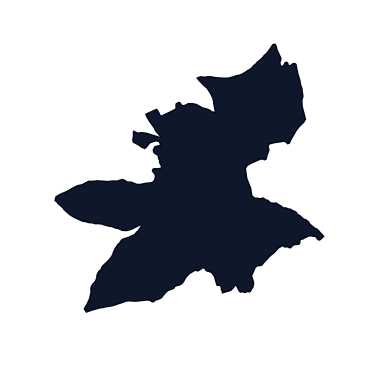 outline of Escuintla, Escuintla, Guatemala, rotated 251°
{"feature_id": "79465075B12428075404525", "entity_name": "Escuintla", "entity_type": "district", "adm_level": 2, "iso_a3": "GTM", "parent_name": "Guatemala", "parent_adm1": "Escuintla", "projection": "orthographic", "projection_center": [-90.807, 14.309], "detail": "fine", "context": "isolated", "style": "filled", "palette": "ink", "viewbox_px": 384, "rotation_deg": 251, "n_neighbors": 0, "source": "geoboundaries", "source_scale": "gbopen_adm2", "svg_char_len": 6083}
<svg xmlns="http://www.w3.org/2000/svg" viewBox="0 0 384 384"><g transform="rotate(251 192 192)"><path d="M116.5,52.2L112.9,53.0L113.0,58.5L112.4,68.3L111.8,70.1L111.8,72.2L111.1,75.5L110.4,80.1L110.3,94.1L109.8,96.8L107.2,103.1L104.4,115.0L103.2,117.2L101.5,118.4L100.9,119.3L100.9,120.5L101.3,120.8L101.7,121.4L101.7,127.5L102.6,129.6L103.8,131.0L104.0,131.8L105.5,133.9L106.1,135.6L106.7,136.6L106.9,143.4L108.2,144.8L108.6,146.3L108.2,150.7L108.7,151.5L108.7,152.6L110.4,155.1L111.8,156.6L113.3,158.3L115.7,162.7L116.8,167.8L117.0,170.4L115.7,171.3L115.7,173.4L116.1,174.5L117.0,177.6L115.4,179.6L113.4,179.7L112.2,180.8L111.4,182.2L110.3,183.6L109.2,184.4L105.0,185.8L96.0,185.3L95.4,185.7L95.0,187.7L94.1,188.4L91.7,188.7L90.5,188.1L88.7,188.3L86.8,188.0L86.4,196.4L88.0,199.9L89.8,202.3L89.9,202.9L89.5,203.5L88.2,203.8L82.8,204.5L82.0,205.0L81.5,205.5L81.4,207.4L79.9,209.1L79.7,210.8L80.2,211.1L80.2,212.0L79.1,213.4L79.0,214.1L79.2,215.0L80.9,216.6L81.9,218.2L83.2,219.1L84.7,220.1L86.9,220.8L92.9,220.8L93.7,221.2L96.9,224.3L99.6,226.6L101.2,229.3L100.6,231.0L100.2,233.7L100.4,234.8L101.2,235.6L106.1,244.7L107.9,249.7L111.0,255.5L111.9,260.1L111.4,260.9L110.3,261.4L109.9,262.0L109.5,263.1L109.3,264.1L109.0,264.7L108.1,265.5L107.6,266.1L107.4,266.5L107.3,267.2L107.6,267.8L108.1,268.5L108.5,269.5L108.8,270.4L108.9,271.6L108.9,272.5L108.7,273.0L108.0,274.8L107.9,275.8L108.0,276.2L108.2,276.6L108.6,277.1L109.1,277.4L109.9,277.7L110.8,278.0L111.2,278.2L111.6,278.8L111.7,279.4L111.7,280.1L111.6,281.6L111.7,282.5L112.0,283.1L112.1,283.9L112.1,285.4L112.3,286.0L112.5,286.8L112.4,287.7L112.2,288.2L112.1,289.0L112.1,289.8L111.9,290.4L110.6,292.4L110.3,294.0L109.9,294.4L107.0,295.3L106.0,295.7L105.5,296.2L105.2,296.8L105.2,297.3L105.3,297.8L105.5,298.3L106.0,299.6L106.7,300.6L107.0,301.1L107.1,301.9L107.7,301.7L109.0,301.3L109.7,301.0L111.4,300.1L114.8,298.8L115.8,298.3L116.4,297.9L117.5,296.5L118.3,295.9L119.2,295.3L120.5,294.6L121.7,293.8L123.2,292.9L123.8,292.8L125.3,292.6L126.7,291.8L128.2,290.8L128.6,290.5L129.1,290.0L129.3,289.4L129.8,288.8L130.8,288.2L134.3,286.3L134.7,286.1L135.0,285.8L135.8,284.8L136.1,284.6L136.8,284.3L137.5,284.1L138.4,284.0L139.0,283.7L139.4,283.4L140.0,282.9L141.7,281.0L143.4,279.6L143.8,279.2L144.1,278.7L144.3,278.0L144.5,277.6L144.8,277.2L145.8,276.2L146.4,275.4L146.6,275.0L147.0,273.7L147.3,273.2L147.6,272.8L148.0,272.4L148.8,272.2L149.4,271.9L150.1,271.2L151.1,270.4L151.9,269.6L152.4,269.2L153.5,268.6L154.0,268.1L154.1,267.7L154.7,265.7L155.1,264.7L155.6,263.6L156.1,263.0L156.6,262.4L157.2,262.0L157.5,261.8L158.9,261.3L159.4,260.9L159.7,260.5L160.3,259.4L160.8,258.9L161.5,258.4L162.5,257.8L162.9,257.4L163.2,257.0L163.3,254.6L163.5,254.0L164.0,253.0L164.8,251.8L165.3,249.9L165.8,249.2L166.4,248.8L166.9,248.6L167.5,248.1L167.9,247.6L169.8,247.4L176.5,248.6L186.9,248.1L196.7,250.0L198.4,251.7L199.4,253.7L200.0,257.6L200.9,267.4L200.2,269.4L200.1,270.1L198.9,271.1L199.1,272.9L201.7,274.4L206.4,278.2L209.9,278.6L211.5,279.4L212.3,280.6L211.9,285.9L210.0,296.0L208.2,297.4L206.6,298.2L206.6,300.0L208.7,301.8L216.0,310.2L219.0,314.6L221.7,320.3L223.9,322.9L237.3,324.0L243.0,325.7L246.3,327.9L247.9,328.3L252.5,329.1L253.8,329.6L258.1,329.5L262.3,330.2L270.6,330.6L278.8,331.8L279.3,331.5L280.0,330.9L280.2,330.4L280.4,329.7L280.4,329.1L280.0,328.0L279.5,327.1L279.5,325.8L280.0,324.9L280.2,324.3L280.7,324.2L282.5,324.4L283.2,324.2L283.9,323.4L284.0,322.8L283.8,322.1L283.5,321.7L282.9,321.2L282.1,320.2L281.7,319.5L281.4,318.5L281.5,317.8L281.9,317.0L282.5,316.8L283.4,316.8L285.4,317.0L286.1,317.2L287.2,318.3L288.8,319.3L290.2,319.5L298.7,318.6L302.2,319.0L304.5,318.6L305.0,317.1L304.8,316.2L299.5,309.2L297.9,306.0L297.8,305.1L296.4,303.3L294.5,299.3L293.7,296.4L292.1,293.8L291.3,291.1L290.2,289.9L289.3,287.6L288.4,283.3L288.0,282.8L288.0,281.6L287.6,281.1L287.6,279.7L287.2,278.9L286.9,274.5L287.3,273.4L287.6,264.7L288.3,261.6L288.4,261.1L290.0,257.0L291.5,253.7L292.0,252.1L294.4,248.0L295.8,244.6L296.2,241.6L297.9,238.0L298.1,237.3L298.0,234.1L295.0,235.1L288.6,238.2L287.5,238.9L285.3,240.1L279.3,241.7L274.3,242.3L270.3,242.0L269.6,241.6L261.9,240.5L259.5,239.7L259.5,238.8L259.9,238.3L260.8,237.9L260.8,237.3L261.4,236.7L263.6,235.2L265.3,233.4L268.3,229.0L273.3,224.6L275.6,220.7L275.9,219.1L276.7,217.4L276.1,213.9L276.4,211.2L277.3,210.5L279.8,209.8L281.0,208.7L280.5,205.9L279.6,205.3L275.8,204.1L275.0,199.8L273.7,188.9L274.0,187.0L274.8,186.7L278.8,186.2L281.6,185.4L280.6,174.4L280.2,173.7L277.1,174.0L271.9,175.1L265.0,177.3L261.8,177.6L254.9,180.3L254.2,180.2L254.0,179.6L254.3,178.9L262.3,168.0L264.5,163.5L265.2,159.8L266.8,158.3L268.3,156.6L266.2,155.6L264.4,155.2L260.5,153.0L258.2,152.9L253.1,157.6L250.7,159.0L250.0,160.2L248.6,161.4L249.2,163.3L252.2,167.8L252.4,172.3L252.1,174.8L250.9,177.0L249.9,177.5L247.6,177.8L246.7,177.4L246.3,176.6L246.9,171.8L244.3,169.1L242.0,168.9L240.7,169.4L239.1,170.8L237.5,171.9L234.1,171.4L232.7,172.0L231.3,171.2L229.0,171.1L226.6,171.7L225.5,171.3L224.5,170.4L225.0,167.1L226.3,164.2L226.1,162.3L224.8,161.5L220.0,163.0L218.3,162.4L216.4,161.3L214.9,159.9L214.2,158.9L213.9,156.6L215.3,150.7L215.9,145.6L217.2,142.2L221.0,137.8L222.7,133.4L224.7,132.4L226.5,130.1L226.6,125.0L226.8,123.6L227.3,123.0L228.4,119.7L229.1,116.1L231.1,111.4L233.4,105.9L234.3,101.6L235.7,97.8L234.6,90.4L235.1,86.2L234.8,82.3L233.1,73.1L232.7,66.6L231.6,61.8L228.5,59.8L226.8,61.0L224.2,61.8L221.5,63.6L218.5,65.1L217.6,65.1L210.6,69.0L206.4,72.4L200.2,78.9L198.4,82.3L197.1,83.8L195.2,88.1L194.1,89.4L193.1,91.4L193.1,92.3L191.0,96.5L189.5,98.2L188.5,100.2L187.7,100.8L185.1,105.6L183.2,107.5L181.5,110.5L178.5,113.5L176.9,117.6L176.5,122.3L177.9,132.8L177.0,133.5L175.5,132.2L172.5,128.2L172.4,127.3L170.3,123.8L169.7,116.8L169.8,111.2L169.2,109.3L167.6,107.5L166.4,104.8L163.6,101.1L160.1,97.7L159.1,97.2L156.7,94.6L154.3,90.7L150.9,83.2L147.9,80.3L147.3,78.3L146.0,76.7L144.6,75.5L144.1,75.0L141.8,74.1L139.3,72.0L136.6,67.5L135.1,65.9L133.0,64.7L130.5,64.2L124.7,60.7L119.6,55.9L118.9,54.8L116.5,52.2Z" fill="#0f172a" stroke="#020617" stroke-width="1.5"/></g></svg>